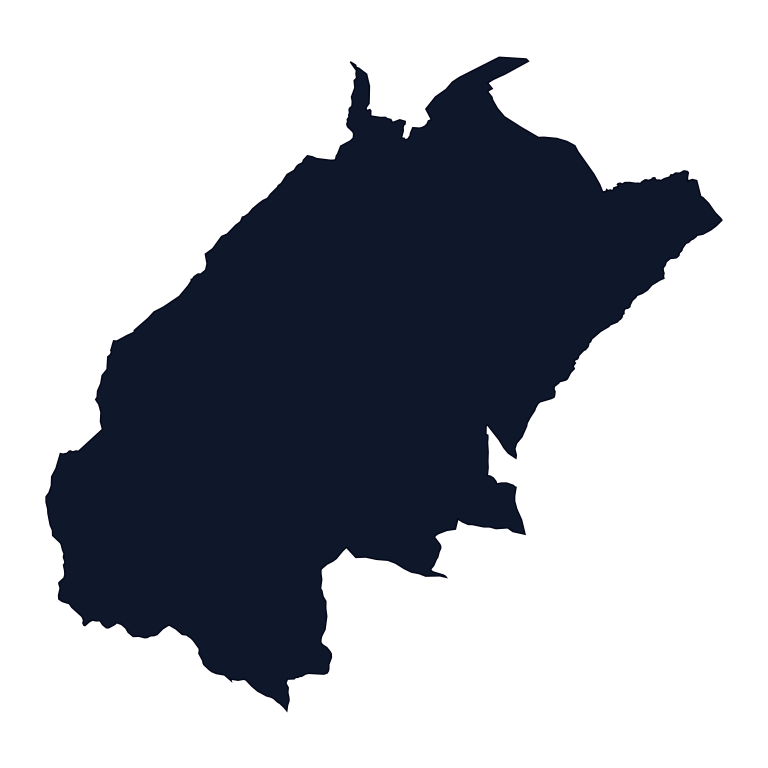 outline of Garbova, Alba, Romania
{"feature_id": "2599482B63039671608561", "entity_name": "Garbova", "entity_type": "district", "adm_level": 2, "iso_a3": "ROU", "parent_name": "Romania", "parent_adm1": "Alba", "projection": "robinson", "projection_center": [23.722, 45.855], "detail": "fine", "context": "isolated", "style": "filled", "palette": "ink", "viewbox_px": 768, "rotation_deg": 0, "n_neighbors": 0, "source": "geoboundaries", "source_scale": "gbopen_adm2", "svg_char_len": 6055}
<svg xmlns="http://www.w3.org/2000/svg" viewBox="0 0 768 768"><path d="M525.0,534.2L521.5,519.8L516.8,509.3L514.6,501.3L514.6,495.9L516.0,487.3L514.9,487.0L513.3,485.4L506.7,483.1L501.2,483.1L496.8,484.0L495.8,481.2L493.2,477.9L490.4,476.2L487.3,475.6L488.1,467.6L487.8,461.3L488.1,452.0L487.5,442.7L487.9,437.4L487.7,435.1L486.1,434.7L485.9,433.7L486.0,426.9L486.5,424.9L487.8,425.3L499.2,439.9L503.8,447.6L508.4,453.2L515.9,458.2L516.3,455.2L514.8,449.0L516.5,443.3L521.9,436.8L526.6,426.1L527.1,423.1L529.9,417.7L534.6,410.5L535.4,408.1L537.8,403.8L539.8,401.9L551.0,398.6L553.9,397.3L554.6,395.5L555.0,391.5L554.0,389.5L554.2,386.5L558.7,383.0L559.5,381.7L565.6,380.1L567.3,378.9L570.6,372.6L574.3,368.7L573.1,366.1L575.4,363.0L574.1,361.5L574.2,360.9L575.1,359.9L577.2,359.1L578.2,357.9L578.8,355.5L583.7,350.4L585.8,349.5L586.0,348.7L587.8,347.1L588.6,344.9L588.6,343.2L590.5,341.8L591.6,339.1L600.5,331.4L608.9,326.4L609.9,325.0L617.5,321.8L618.7,320.3L620.6,319.0L622.0,317.2L622.4,314.7L624.0,313.6L623.8,311.6L624.5,309.5L625.5,308.6L627.8,308.2L629.9,306.7L630.0,305.2L632.3,300.5L635.7,297.4L636.9,295.4L642.4,293.3L647.5,289.9L651.8,285.0L659.9,280.0L663.9,278.3L663.4,276.1L664.0,273.1L663.3,271.2L663.0,268.1L665.2,265.1L666.1,262.0L670.3,258.4L676.0,257.9L677.8,256.6L678.9,255.4L679.3,253.0L681.7,250.7L682.5,248.2L685.8,243.4L688.6,242.3L691.4,239.6L693.1,239.0L696.2,236.5L696.9,235.3L703.0,234.1L710.6,230.0L716.2,225.8L721.9,220.2L720.8,218.5L715.2,212.8L708.5,203.3L702.8,197.5L700.7,196.6L696.7,180.6L692.3,179.5L687.7,181.2L688.0,180.3L687.4,179.2L687.5,177.2L688.3,172.5L687.1,171.4L683.9,170.9L679.9,173.2L675.5,173.1L672.8,175.0L671.0,174.8L669.6,177.1L664.3,178.7L661.0,180.6L658.9,180.0L657.1,180.3L655.6,179.5L654.9,177.9L653.8,177.8L652.5,178.1L651.8,179.3L648.1,180.5L646.5,179.8L644.8,180.0L641.6,182.1L640.1,184.0L639.0,183.2L635.9,183.4L629.5,182.5L624.8,182.6L622.0,184.3L620.7,183.3L618.8,183.4L617.8,183.9L617.4,184.6L618.6,185.7L618.5,186.3L613.7,188.0L613.5,189.6L612.7,190.4L611.7,190.6L610.5,189.9L607.9,190.7L606.7,189.6L606.1,191.3L602.7,192.1L599.7,184.6L593.8,174.1L577.9,151.6L574.9,145.8L566.9,141.5L556.8,138.5L544.0,137.3L538.4,137.5L521.4,127.6L504.3,116.7L497.4,108.5L492.7,100.2L491.9,97.1L488.2,92.4L487.9,91.0L492.2,88.6L487.6,82.9L493.5,79.3L505.4,73.8L528.4,61.2L526.4,59.1L524.9,58.9L499.2,57.3L459.5,77.4L452.3,82.2L446.2,89.4L435.5,96.9L425.9,109.0L431.5,119.6L428.3,121.0L427.3,123.7L425.0,126.1L422.2,127.5L419.5,128.2L412.8,127.7L410.5,133.2L410.2,135.6L407.7,139.3L404.8,139.7L404.2,138.3L401.4,138.0L403.3,130.6L403.0,127.6L403.8,124.8L405.0,124.1L405.2,121.4L399.8,119.8L392.5,122.6L390.8,119.5L387.0,118.6L385.6,117.4L380.2,117.5L370.6,116.0L370.8,110.8L369.8,109.6L367.5,110.6L366.2,109.7L366.0,107.7L369.0,103.4L369.4,86.2L366.6,74.2L358.6,68.1L356.3,67.5L355.6,65.1L350.3,61.8L356.5,70.6L356.0,73.5L356.6,78.1L354.2,80.6L354.9,87.8L351.5,97.0L352.3,101.1L352.1,105.4L351.5,106.7L349.6,108.2L349.1,109.8L349.5,112.6L348.7,115.5L349.2,116.4L347.2,119.8L347.6,120.3L347.6,121.7L346.8,124.2L347.6,126.7L352.9,131.8L353.7,134.0L353.3,138.1L350.3,141.0L340.7,146.1L337.7,153.9L336.5,155.6L335.6,159.3L334.6,160.2L330.3,160.3L316.5,158.6L312.3,156.8L307.4,155.8L303.5,160.1L302.6,162.7L298.4,164.8L296.7,166.4L294.2,170.4L287.1,174.5L281.4,183.4L278.2,185.7L277.7,187.1L270.3,194.4L267.5,198.4L263.2,200.4L258.8,203.6L252.7,208.7L248.6,213.7L244.6,216.5L242.4,217.1L240.6,221.6L235.6,225.4L227.2,234.1L221.6,236.5L212.7,248.8L205.4,254.1L207.1,263.7L205.7,270.0L200.7,274.2L198.0,274.0L194.1,276.7L192.2,279.6L191.3,279.4L191.2,281.2L188.1,285.9L179.4,296.4L163.3,307.2L154.1,311.9L148.1,318.4L134.3,330.4L134.2,332.3L127.5,335.3L116.8,341.1L113.6,340.9L110.8,350.6L111.6,351.6L110.5,354.6L107.8,356.8L107.1,369.4L102.2,375.4L100.8,383.7L97.6,390.9L97.2,397.2L95.7,399.5L98.9,404.4L101.0,412.3L100.5,421.5L102.5,429.3L78.5,451.3L75.9,451.0L72.7,452.0L70.2,450.9L69.0,451.4L67.2,453.3L62.8,454.2L60.4,453.6L56.0,468.5L51.7,476.7L51.4,485.7L49.1,492.6L46.1,496.7L46.1,502.1L47.7,508.8L48.0,513.5L50.2,524.9L52.5,530.3L52.7,535.5L60.4,542.8L61.4,544.8L62.4,549.2L64.1,553.8L63.4,557.1L65.0,561.9L64.5,563.7L63.5,565.1L64.6,570.2L64.9,574.6L64.0,578.0L59.0,582.6L58.9,583.7L60.2,588.2L58.6,595.2L58.8,599.0L62.2,601.4L69.4,603.7L71.8,607.3L82.0,616.5L83.6,620.2L82.9,623.1L83.9,625.2L84.9,625.6L89.4,621.7L92.5,620.1L95.9,620.8L100.0,620.7L102.6,624.7L106.1,627.6L107.2,627.9L108.8,627.7L114.7,624.5L116.4,622.9L117.4,622.9L121.5,624.4L125.9,628.2L128.1,632.2L133.2,636.5L138.8,636.2L144.7,637.7L147.1,637.5L150.4,635.8L154.0,635.6L157.0,634.6L162.6,628.9L168.4,625.2L169.7,625.3L176.0,629.0L182.2,634.4L186.5,634.9L191.1,638.1L193.4,640.5L199.1,648.4L199.4,649.9L198.9,653.5L202.8,660.7L203.2,663.3L204.1,664.9L209.6,670.0L212.0,671.7L216.3,673.5L224.5,674.9L231.1,680.7L230.8,679.6L231.1,679.1L238.0,680.2L243.8,679.2L245.9,679.9L251.8,686.1L257.7,691.1L266.6,695.9L270.9,697.0L273.7,698.4L277.7,702.1L279.8,703.3L284.0,707.3L286.8,710.7L287.5,705.4L289.0,700.6L288.8,697.5L287.8,692.6L288.2,687.7L285.8,683.3L287.4,679.1L294.2,678.8L295.5,677.4L298.1,677.3L299.4,676.4L301.5,676.3L305.7,673.9L308.7,673.3L323.9,674.1L327.1,673.0L328.3,671.0L328.8,668.8L328.8,664.5L331.4,657.4L331.2,653.8L330.0,651.6L326.8,647.6L322.6,644.9L320.9,642.7L320.8,639.8L321.6,636.2L325.0,629.4L326.7,616.3L325.7,608.3L325.8,601.3L323.0,596.5L321.9,590.9L320.5,588.6L321.7,579.5L320.9,573.6L320.9,569.9L321.7,568.6L327.0,564.1L333.0,561.0L336.3,558.5L342.4,551.1L346.4,547.2L355.8,557.4L365.7,557.0L376.5,559.3L387.8,560.2L395.3,563.0L404.3,568.6L411.2,572.0L419.3,573.6L425.7,576.1L439.9,575.8L446.2,577.3L445.5,576.3L443.2,575.0L433.4,572.1L431.4,570.9L430.8,569.8L431.0,568.7L433.6,565.6L436.4,559.1L437.7,557.3L439.0,552.1L440.7,548.2L440.6,546.1L439.7,544.2L434.3,537.1L435.7,535.3L438.3,533.6L444.3,531.3L447.0,530.3L455.4,529.1L457.8,518.9L462.5,521.9L468.2,524.4L472.5,524.5L483.5,526.8L489.9,526.9L496.0,528.6L507.7,527.8L512.9,531.5L525.0,534.2Z" fill="#0f172a" stroke="#020617" stroke-width="1.5"/></svg>